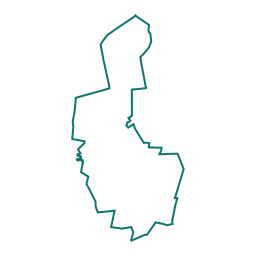 Oquitoa, Sonora, Mexico
{"feature_id": "50627088B42568176032949", "entity_name": "Oquitoa", "entity_type": "district", "adm_level": 2, "iso_a3": "MEX", "parent_name": "Mexico", "parent_adm1": "Sonora", "projection": "albers", "projection_center": [-111.661, 30.793], "detail": "fine", "context": "isolated", "style": "outline", "palette": "teal", "viewbox_px": 256, "rotation_deg": 0, "n_neighbors": 0, "source": "geoboundaries", "source_scale": "gbopen_adm2", "svg_char_len": 5393}
<svg xmlns="http://www.w3.org/2000/svg" viewBox="0 0 256 256"><path d="M183.7,169.1L178.0,154.6L177.6,153.7L176.4,153.7L175.2,153.7L174.5,153.8L173.8,153.8L173.2,153.8L172.7,153.8L172.3,153.8L171.6,153.9L171.1,153.9L170.1,153.9L169.3,153.9L168.8,153.9L168.3,153.9L167.5,154.0L166.9,154.0L166.1,154.0L165.0,154.1L163.7,154.1L161.9,154.2L159.4,154.2L160.4,152.0L160.7,151.5L161.4,149.9L161.6,147.7L148.8,147.4L149.0,145.2L149.1,144.7L149.2,143.9L149.2,143.6L149.3,143.2L147.4,142.8L143.7,142.7L143.4,142.1L142.8,141.2L142.6,140.8L141.8,139.6L141.4,139.0L140.4,137.3L139.7,136.2L139.2,135.3L138.5,134.2L137.8,133.2L136.8,131.5L135.9,130.1L134.9,128.4L133.7,124.8L133.5,124.2L128.2,127.6L127.7,127.0L127.3,126.6L126.8,126.0L126.3,125.6L127.5,122.3L128.6,122.2L130.4,120.7L128.6,118.3L128.8,117.9L128.7,117.7L129.5,117.6L130.1,117.1L130.5,116.8L131.4,116.1L131.9,115.6L131.8,89.6L145.9,88.2L146.0,87.8L145.9,87.6L145.9,87.2L145.8,86.7L145.7,86.2L145.6,85.9L145.4,85.2L145.3,84.6L145.2,84.2L145.2,83.8L145.1,83.2L145.0,82.7L144.8,82.0L144.8,81.8L144.5,80.3L144.4,79.7L144.3,79.1L144.2,78.5L144.1,77.9L143.9,77.2L143.8,76.7L143.7,75.9L143.6,75.5L143.5,74.9L143.4,74.3L143.3,74.2L143.3,73.8L143.2,73.6L143.1,72.8L142.9,71.7L142.8,71.2L142.7,70.8L142.6,70.2L142.5,69.8L142.4,69.5L142.4,69.2L142.4,68.9L142.3,68.7L142.3,68.4L142.2,68.2L142.2,67.8L142.1,67.5L142.0,67.1L141.9,66.7L141.9,66.3L141.8,65.9L141.7,65.7L141.7,65.2L141.6,64.8L141.5,64.4L141.4,64.1L141.4,63.7L141.3,63.2L141.2,62.7L141.1,62.2L141.0,61.8L141.0,61.7L141.0,61.4L140.9,61.1L140.9,60.9L140.8,60.6L140.7,60.3L140.7,59.9L140.6,59.4L140.4,57.2L140.5,57.0L140.7,56.9L140.9,56.6L141.1,56.4L141.4,56.1L141.6,55.9L141.8,55.7L142.1,55.4L142.5,55.0L142.7,54.8L143.1,54.3L143.5,53.9L143.9,53.5L144.2,53.1L144.4,52.9L144.5,52.8L144.6,52.6L144.8,52.4L145.1,52.1L145.3,51.9L145.5,51.7L145.7,51.4L145.8,51.3L145.9,51.2L146.0,51.1L146.2,50.9L146.7,50.2L149.0,47.4L151.0,42.2L151.2,41.0L150.8,38.0L150.3,33.3L149.3,32.7L148.4,30.1L149.1,25.0L137.2,16.9L135.4,15.4L134.7,16.3L120.7,25.8L107.4,35.0L106.0,37.0L105.0,37.8L104.5,38.7L103.6,40.0L103.0,40.8L102.6,41.4L102.3,41.8L102.2,42.0L101.9,42.4L101.6,42.8L101.4,43.2L101.1,43.6L100.6,44.3L100.8,45.5L101.0,46.7L101.3,48.4L101.6,49.9L101.8,51.1L102.0,52.1L102.2,52.9L102.4,54.1L102.5,54.9L102.7,56.0L102.9,56.8L103.0,57.7L103.3,59.1L103.8,61.3L104.0,62.4L104.2,63.1L104.3,63.8L104.5,64.4L104.7,65.4L105.0,66.7L105.1,67.4L105.5,69.3L105.7,69.9L105.8,70.5L106.0,71.4L106.2,72.4L106.3,72.9L106.5,73.7L106.8,74.9L107.0,75.9L107.1,76.4L107.2,77.1L107.4,78.0L107.6,78.5L107.9,79.9L108.4,82.2L108.5,82.8L108.6,83.3L108.7,83.8L108.8,84.2L108.9,84.8L109.1,85.7L109.2,86.1L109.3,86.9L109.4,87.3L109.3,88.4L108.5,88.6L107.9,88.8L107.3,89.0L107.2,89.0L106.8,89.1L106.5,89.2L105.6,89.5L104.8,89.7L103.9,89.9L103.1,90.2L102.1,90.5L101.2,90.7L100.8,90.8L100.3,90.9L100.1,91.0L99.8,91.1L99.5,91.2L99.1,91.3L98.8,91.4L98.2,91.5L97.7,91.7L96.9,91.9L96.3,92.1L95.2,92.4L94.4,92.6L93.4,92.9L92.7,93.1L92.1,93.3L91.5,93.4L90.9,93.6L90.4,93.7L89.8,93.9L89.5,94.0L89.2,94.0L88.6,94.2L87.7,94.5L86.5,94.8L86.3,94.9L86.1,94.9L85.1,95.2L84.3,95.4L83.9,95.5L83.6,95.6L83.3,95.7L82.6,95.9L82.3,96.0L81.7,96.2L81.0,96.3L80.8,96.4L80.3,96.5L80.1,96.6L79.9,96.7L78.9,96.9L78.4,97.1L78.1,97.2L77.8,97.2L77.5,97.3L77.1,97.4L76.6,97.6L75.9,97.8L75.8,98.4L75.6,100.3L75.6,101.2L75.5,102.1L75.4,102.9L75.3,103.8L75.3,104.4L75.2,105.1L75.1,105.7L75.0,106.9L75.0,107.8L74.7,110.6L74.6,111.4L74.5,112.1L74.4,112.9L73.8,115.7L73.5,117.3L73.4,117.6L73.4,118.0L73.2,119.0L73.1,119.6L72.9,120.4L72.8,121.3L72.8,122.3L72.8,123.7L72.9,124.2L73.1,124.9L73.2,125.6L73.2,126.2L73.3,127.0L73.2,127.7L73.1,129.6L73.0,130.2L72.8,132.1L72.7,134.1L72.6,135.1L72.5,136.4L72.4,137.0L72.3,138.7L72.3,139.0L83.0,141.0L84.6,141.3L84.5,143.1L78.0,149.3L79.5,151.8L80.5,153.3L79.7,153.7L79.1,153.9L78.5,154.1L77.7,154.1L77.6,155.8L80.3,155.9L80.6,156.0L80.8,156.3L80.9,156.5L81.0,158.1L79.4,158.3L76.8,159.4L77.6,160.6L81.1,159.5L82.5,160.3L81.7,160.8L83.0,162.2L82.8,162.7L82.7,163.6L82.5,164.5L82.0,166.7L81.7,168.4L81.2,171.3L81.0,172.1L88.4,176.7L87.0,181.4L86.5,183.8L95.6,201.7L95.6,206.1L96.4,208.7L97.4,211.2L97.7,212.4L111.0,211.1L114.1,210.7L114.6,210.7L111.1,227.1L119.2,228.2L119.6,228.3L120.6,228.5L121.2,228.7L122.1,228.6L122.5,228.5L123.0,228.4L124.0,228.2L125.0,228.1L126.9,227.8L127.4,227.7L128.7,227.5L129.9,227.3L131.2,227.1L131.4,227.6L131.7,228.3L132.0,229.0L132.3,229.7L132.4,230.1L132.6,230.5L133.0,231.4L133.2,231.8L133.3,232.2L133.1,233.0L132.8,234.1L132.6,235.0L131.1,240.1L131.4,240.6L131.8,240.5L132.4,240.2L133.4,239.8L134.5,239.3L138.5,237.6L140.2,236.8L140.7,236.6L141.9,236.1L142.8,235.7L143.8,235.2L144.8,234.8L146.0,234.8L147.0,234.8L147.2,234.5L148.2,233.1L148.6,232.5L149.1,231.8L149.2,231.6L149.5,231.1L149.8,230.8L150.0,230.5L150.4,230.0L150.6,229.6L151.0,229.1L151.5,228.4L151.9,227.7L152.3,227.2L152.7,226.6L153.0,226.3L153.3,225.8L153.5,225.4L153.7,225.2L153.9,225.0L154.0,224.8L154.1,224.7L154.4,224.2L154.6,223.9L154.8,223.6L155.2,223.1L155.5,222.6L155.7,222.3L156.1,222.5L156.5,222.6L156.9,222.6L157.3,222.7L157.8,222.8L158.5,223.0L159.3,223.1L160.0,223.3L160.0,223.2L160.2,223.3L160.3,223.3L160.8,223.4L167.2,225.2L172.6,223.9L172.1,221.2L174.2,211.1L174.2,210.6L174.8,207.9L175.0,206.9L175.3,205.4L177.3,198.1L174.9,198.1L177.3,190.3L181.9,174.9L183.7,169.1Z" fill="none" stroke="#0f766e" stroke-width="2"/></svg>